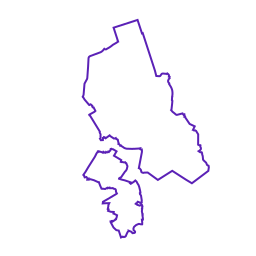 Amsterdam, Noord-Holland, Netherlands (Albers equal-area conic projection), rotated 60°
{"feature_id": "6326949B30737301574950", "entity_name": "Amsterdam", "entity_type": "district", "adm_level": 2, "iso_a3": "NLD", "parent_name": "Netherlands", "parent_adm1": "Noord-Holland", "projection": "albers", "projection_center": [4.983, 52.355], "detail": "fine", "context": "isolated", "style": "outline", "palette": "violet", "viewbox_px": 256, "rotation_deg": 60, "n_neighbors": 0, "source": "geoboundaries", "source_scale": "gbopen_adm2", "svg_char_len": 5752}
<svg xmlns="http://www.w3.org/2000/svg" viewBox="0 0 256 256"><g transform="rotate(60 128 128)"><path d="M123.3,157.6L125.0,157.6L125.9,155.8L125.1,155.3L125.0,155.2L124.1,154.6L124.5,153.8L123.9,153.3L124.4,152.8L125.7,152.5L125.2,147.6L125.9,147.5L127.2,146.9L130.0,145.5L130.0,145.4L130.3,145.0L130.5,144.6L130.6,144.1L130.6,143.6L131.6,143.7L132.2,143.3L132.1,143.2L133.0,142.7L135.8,143.6L136.5,143.6L137.0,144.3L137.8,143.8L138.5,143.5L139.5,143.6L139.6,142.8L140.6,142.6L142.1,141.8L143.4,141.2L143.6,141.1L144.6,140.2L145.2,139.6L148.5,134.3L148.6,133.9L149.3,132.7L151.1,129.1L151.5,128.0L151.7,128.4L152.8,127.8L153.4,127.3L153.3,127.2L153.4,126.8L153.8,126.9L154.7,127.3L155.8,128.0L168.2,138.7L168.5,138.4L168.9,138.1L170.6,137.8L171.2,137.9L172.6,138.4L173.2,138.3L174.0,137.7L174.5,137.2L174.6,136.9L174.7,136.4L176.4,133.2L187.9,128.1L187.2,111.1L201.8,103.6L207.8,100.3L205.3,79.9L202.4,77.6L200.9,77.1L200.1,77.7L199.5,78.0L197.1,77.7L193.8,78.7L192.9,78.8L189.6,77.3L188.0,77.0L186.8,76.4L186.1,76.3L185.9,76.3L185.6,76.6L185.4,77.2L185.1,77.6L184.6,77.9L183.4,78.4L183.4,77.4L183.2,76.7L182.9,75.8L182.6,75.3L181.6,74.8L180.5,74.8L180.2,74.6L179.2,73.9L179.0,74.0L178.6,74.9L177.5,75.6L168.6,70.4L164.2,70.5L163.8,70.5L163.8,70.4L163.7,70.7L163.7,71.2L163.1,72.1L162.4,72.2L162.1,72.6L159.9,69.4L155.3,72.6L146.8,73.2L146.7,73.3L146.6,72.9L145.5,73.1L145.0,72.2L144.9,72.0L145.1,71.9L144.4,72.2L144.5,72.7L144.4,73.3L143.6,73.3L143.0,73.7L142.6,73.6L141.2,78.7L141.0,79.1L140.8,79.5L140.0,79.9L138.5,80.4L136.3,81.3L134.1,81.7L134.0,81.3L129.0,77.6L128.7,77.4L126.7,76.0L126.2,75.9L126.2,76.1L125.9,76.1L125.6,75.9L123.2,74.3L122.9,74.1L122.9,73.9L122.6,73.8L121.0,72.6L119.8,71.9L118.1,71.1L116.9,70.7L115.2,70.4L113.7,70.3L110.5,70.4L110.2,70.0L109.9,69.9L108.8,70.2L107.8,70.0L107.3,69.8L107.0,69.5L106.1,68.4L105.7,67.1L105.4,67.1L105.1,66.8L104.5,66.5L104.4,66.4L103.9,66.9L103.4,66.4L102.4,66.1L101.6,66.2L100.4,66.7L100.5,67.0L100.4,67.0L100.4,67.3L100.3,67.7L98.3,70.5L98.1,71.0L98.0,71.4L98.0,71.8L98.9,73.8L99.0,74.0L99.0,74.4L98.8,75.0L97.1,77.5L91.8,76.0L53.2,67.8L53.1,68.6L39.2,65.7L33.9,90.3L47.5,93.2L47.4,93.3L48.1,93.5L48.3,93.7L48.4,95.8L48.4,99.5L48.7,101.4L48.9,103.6L48.9,107.8L48.0,108.9L47.6,109.0L48.1,110.3L48.4,111.2L48.6,112.1L48.7,113.6L48.6,114.3L48.3,116.0L46.8,124.8L46.8,125.2L46.9,126.1L47.4,126.9L48.0,127.4L55.1,132.0L64.4,138.3L65.1,139.0L67.8,143.4L68.0,143.6L76.8,149.7L77.6,150.5L77.9,150.9L78.3,151.6L78.8,151.6L79.0,151.4L81.6,151.4L82.1,151.3L88.7,150.1L88.8,150.0L88.7,148.7L89.3,148.3L91.0,147.8L91.6,148.3L92.8,148.0L93.0,147.5L96.9,147.7L97.2,148.9L97.1,154.7L97.2,154.9L97.3,154.9L97.3,155.0L97.7,155.0L97.8,154.8L97.9,154.7L117.0,154.2L117.4,154.6L118.0,154.8L119.6,154.9L120.1,155.1L121.1,155.8L122.7,156.6L123.3,157.1L123.3,157.6ZM146.3,190.1L146.9,189.8L147.2,189.8L147.5,189.8L148.0,190.1L148.6,190.1L149.1,190.2L149.7,188.5L151.3,188.4L151.5,188.2L151.7,187.9L151.9,188.6L152.4,189.1L152.8,188.4L153.0,188.1L153.3,187.3L153.5,186.2L156.2,183.6L160.0,180.9L160.3,180.3L163.8,180.9L167.3,181.3L167.8,180.7L167.8,180.4L169.4,178.3L169.4,175.8L170.1,175.7L170.1,174.6L170.4,173.7L171.1,173.8L172.3,171.7L172.4,171.2L173.0,171.0L173.4,170.8L174.2,169.8L174.8,169.5L175.6,169.5L176.8,170.1L177.4,170.3L179.2,170.4L179.3,171.5L179.4,181.0L179.4,186.6L180.1,187.1L180.7,187.6L181.7,185.5L183.7,181.8L185.0,183.6L186.0,184.2L188.1,186.1L188.8,185.5L189.8,186.7L190.4,186.2L192.1,184.6L193.6,182.3L194.2,182.7L194.8,183.4L195.8,182.6L198.1,181.1L200.0,182.8L200.5,183.6L200.8,184.6L201.1,184.5L201.2,186.5L201.1,187.7L201.3,187.7L201.3,188.2L201.0,188.3L200.6,188.1L200.4,188.5L200.8,188.8L201.0,189.0L200.5,189.3L200.6,189.5L200.3,189.9L200.7,190.1L206.9,190.3L210.6,189.2L212.2,187.3L219.3,188.8L219.4,187.7L219.3,187.3L219.7,187.0L219.7,186.7L220.4,186.1L220.4,185.6L220.6,185.3L220.7,185.2L220.7,184.9L220.6,184.5L220.6,184.1L219.3,182.4L219.1,182.1L218.5,181.3L218.1,180.5L217.7,180.0L217.5,179.6L217.5,179.2L217.6,178.8L218.0,178.3L217.9,178.3L219.7,176.9L221.3,176.7L221.9,175.4L222.1,174.7L221.9,174.1L221.3,173.7L220.9,173.7L219.2,174.2L218.9,174.1L217.7,173.5L217.2,172.9L216.8,172.4L216.6,172.0L216.1,169.4L216.4,166.8L216.5,166.5L216.7,166.2L217.6,165.3L218.0,164.7L218.1,164.2L218.5,164.0L218.5,163.9L217.1,163.0L214.3,161.8L214.6,161.2L214.8,160.9L214.7,160.8L213.5,160.2L210.7,159.1L210.7,158.8L209.9,158.4L209.8,158.6L207.0,157.6L204.9,156.0L204.7,156.2L203.5,155.0L203.1,154.7L202.9,154.9L202.7,154.8L201.2,154.3L200.9,154.4L200.7,154.5L201.0,155.0L201.2,155.8L201.0,156.8L200.0,157.6L199.5,158.1L198.8,158.6L198.2,158.8L197.5,159.2L197.4,158.9L197.9,158.6L196.7,156.5L197.4,155.8L198.5,155.2L199.1,154.7L198.9,154.5L199.1,153.2L198.4,152.9L197.8,152.4L197.1,152.1L193.0,150.5L192.4,150.5L191.5,150.7L191.0,150.6L190.6,150.4L190.8,150.1L190.3,149.7L190.2,149.9L189.6,149.4L188.2,148.8L184.8,147.8L182.7,147.4L180.8,147.5L179.2,147.4L178.4,147.5L177.1,147.9L177.5,149.8L177.7,153.5L176.8,153.8L176.6,152.7L171.8,156.9L169.3,159.5L167.5,161.1L167.3,160.9L167.2,160.9L167.1,160.7L167.1,159.5L167.2,158.9L167.1,158.3L166.3,156.7L164.6,153.1L164.3,152.5L163.9,151.0L163.1,149.7L161.0,147.7L160.1,147.4L158.9,147.4L158.5,147.2L157.6,147.1L157.2,147.5L156.2,147.6L156.0,148.3L155.6,148.9L154.5,150.1L154.2,150.8L153.7,151.2L152.4,149.9L145.0,154.0L142.5,149.6L138.9,151.6L138.0,152.8L137.7,152.8L137.5,153.5L138.7,154.6L138.8,155.5L139.2,156.5L138.5,156.9L138.9,157.6L138.6,158.5L137.7,159.0L138.1,159.7L138.1,160.2L136.3,161.2L136.9,162.1L135.8,162.8L133.7,164.8L133.9,165.0L133.4,165.5L133.7,165.9L133.4,166.1L133.6,166.3L134.0,167.4L134.5,168.4L135.1,169.0L135.3,169.6L136.2,170.8L141.9,181.7L144.7,186.7L146.3,190.1Z" fill="none" stroke="#5b21b6" stroke-width="2"/></g></svg>